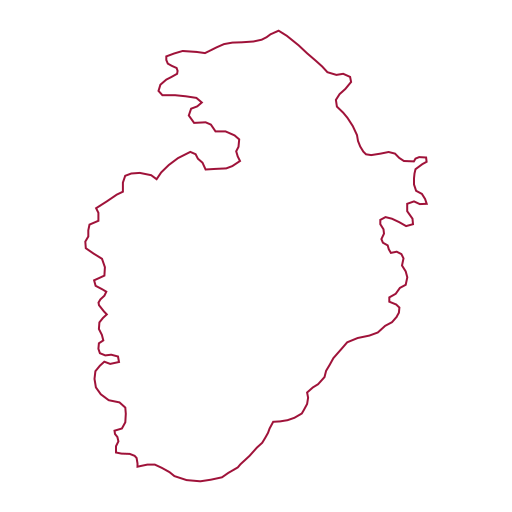 Smarhon, Grodno, Belarus (Natural Earth projection)
{"feature_id": "67162791B9257777977100", "entity_name": "Smarhon", "entity_type": "district", "adm_level": 2, "iso_a3": "BLR", "parent_name": "Belarus", "parent_adm1": "Grodno", "projection": "natural_earth1", "projection_center": [26.399, 54.505], "detail": "fine", "context": "isolated", "style": "outline", "palette": "rose", "viewbox_px": 512, "rotation_deg": 0, "n_neighbors": 0, "source": "geoboundaries", "source_scale": "gbopen_adm2", "svg_char_len": 2989}
<svg xmlns="http://www.w3.org/2000/svg" viewBox="0 0 512 512"><path d="M89.5,224.6L88.3,230.3L88.3,236.5L85.3,241.6L85.8,248.2L93.6,253.6L102.0,258.8L104.9,267.2L104.4,275.6L99.0,278.1L94.1,280.3L95.6,285.8L101.9,289.1L106.3,291.7L104.4,295.7L100.4,299.4L98.5,302.6L99.0,305.2L103.9,311.4L106.8,314.4L102.9,318.0L99.4,322.4L98.9,329.0L101.9,334.9L103.3,340.4L98.9,343.3L98.4,348.8L99.9,353.2L105.3,355.4L111.2,354.7L118.0,356.5L119.0,362.0L110.2,363.9L104.3,361.7L99.9,365.7L95.4,371.2L94.5,378.9L95.9,387.4L100.8,394.3L108.7,400.2L119.5,402.4L125.3,407.6L125.8,413.8L125.3,422.3L121.9,428.5L114.5,430.7L115.0,434.0L117.4,437.0L118.4,441.4L116.0,446.2L116.0,452.5L121.4,453.6L129.7,453.9L134.6,455.8L136.6,458.0L137.5,463.5L137.5,466.7L141.6,465.8L147.4,464.6L154.8,464.6L161.7,467.8L169.6,472.2L174.4,476.1L186.6,480.1L200.3,481.3L210.9,479.7L222.0,477.3L228.3,472.9L237.8,467.4L240.5,464.2L249.5,455.9L256.9,447.6L262.2,442.8L265.3,437.7L268.0,432.9L269.6,428.5L273.2,421.8L280.1,421.4L284.3,420.7L287.5,420.2L294.4,417.8L301.8,413.5L303.9,409.9L307.1,404.0L308.1,397.7L307.1,392.5L312.9,387.4L318.1,384.2L324.5,377.1L326.1,370.8L329.7,364.8L333.4,358.1L341.4,349.0L347.2,342.3L357.7,338.0L369.3,335.6L377.8,332.5L385.2,325.8L392.0,322.2L396.8,316.7L396.9,316.3L398.9,312.7L399.4,307.6L396.2,304.5L389.3,301.7L389.3,297.4L395.7,293.8L399.9,287.9L405.7,284.8L407.3,277.3L405.7,271.4L402.0,265.5L403.5,258.4L401.4,254.1L396.7,251.7L390.9,252.9L388.8,249.3L387.7,245.4L382.9,242.7L381.4,239.1L384.0,233.6L383.5,229.3L380.3,224.2L380.3,219.9L385.5,217.1L391.9,218.7L399.3,222.2L406.1,226.1L413.0,224.2L412.5,218.7L407.2,211.2L407.2,203.8L414.0,201.4L419.8,204.1L426.7,203.8L425.1,199.0L421.9,193.9L416.1,190.8L414.0,184.5L414.0,178.3L414.5,173.5L415.5,169.2L422.4,164.1L426.6,161.8L426.1,157.5L419.2,157.1L415.5,158.6L413.9,161.4L403.9,161.0L399.2,157.9L395.0,153.6L388.6,152.0L380.7,153.6L371.2,155.1L366.0,154.3L363.3,151.6L360.2,146.5L358.0,141.0L357.0,135.1L352.8,126.1L347.5,117.9L343.3,112.8L336.9,106.6L335.9,99.9L339.6,94.1L345.3,89.0L350.4,82.8L351.1,82.0L350.1,76.9L343.2,73.8L336.4,74.9L327.4,72.2L322.2,66.5L315.5,60.5L307.1,53.3L298.6,45.3L286.8,35.8L278.6,30.7L270.5,34.3L266.6,37.2L261.7,39.7L253.4,41.5L241.7,42.3L232.4,42.6L224.0,44.1L216.7,47.3L205.0,53.1L197.1,52.0L182.5,51.0L174.1,53.5L166.3,56.4L166.3,60.0L167.8,63.6L171.7,65.8L176.6,68.0L177.6,70.9L177.1,73.8L171.2,77.1L166.3,79.6L160.4,84.7L158.5,90.9L162.4,95.2L175.1,95.2L185.9,96.3L196.4,97.9L201.8,102.5L197.2,106.4L191.1,108.7L188.8,115.5L194.1,122.9L205.6,122.3L210.9,124.6L215.5,131.4L225.5,131.4L234.6,135.4L239.2,139.4L238.5,146.8L236.2,151.3L237.7,156.4L240.0,161.0L232.3,166.1L226.2,168.4L215.5,168.9L205.6,169.5L202.5,162.7L197.9,158.7L195.6,154.2L190.3,151.9L178.0,158.1L168.8,165.0L161.2,172.4L156.6,179.2L151.2,175.2L139.8,172.9L131.3,173.5L125.2,175.8L122.9,182.6L122.9,191.7L116.8,194.6L106.8,201.4L96.1,208.2L98.4,212.8L98.4,220.8L89.5,224.6Z" fill="none" stroke="#9f1239" stroke-width="2"/></svg>